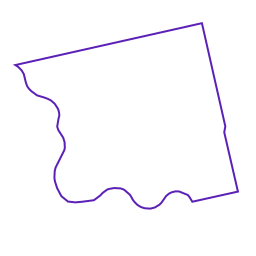 Dakota, Nebraska, United States of America (orthographic projection), rotated 167°
{"feature_id": "52423323B32373554543945", "entity_name": "Dakota", "entity_type": "district", "adm_level": 2, "iso_a3": "USA", "parent_name": "United States of America", "parent_adm1": "Nebraska", "projection": "orthographic", "projection_center": [-96.478, 42.401], "detail": "fine", "context": "isolated", "style": "outline", "palette": "violet", "viewbox_px": 256, "rotation_deg": 167, "n_neighbors": 0, "source": "geoboundaries", "source_scale": "gbopen_adm2", "svg_char_len": 989}
<svg xmlns="http://www.w3.org/2000/svg" viewBox="0 0 256 256"><g transform="rotate(167 128 128)"><path d="M177.5,65.3L170.2,68.5L167.2,70.5L162.1,72.7L160.4,72.9L154.9,72.6L148.8,70.8L146.5,69.4L145.1,68.0L141.3,62.7L140.5,60.9L139.8,58.1L138.8,55.4L136.6,51.6L134.7,49.5L133.2,48.1L129.9,46.1L124.4,44.4L119.8,44.5L114.6,46.2L112.2,47.7L106.1,53.2L102.6,54.9L100.1,55.5L96.3,55.6L93.5,55.0L92.1,54.4L84.7,49.2L83.6,46.8L81.9,41.7L35.2,41.3L35.2,102.2L32.8,107.7L32.4,211.8L32.4,213.5L223.6,214.7L221.3,212.3L218.7,208.1L217.4,204.0L217.3,195.7L217.0,192.4L216.6,190.7L215.6,188.4L213.8,185.5L209.2,180.2L203.0,176.7L199.5,174.4L196.9,172.2L193.9,168.0L191.9,162.4L191.7,160.1L191.8,157.3L192.2,155.4L193.8,152.3L196.7,145.2L196.3,141.4L193.3,133.1L193.0,128.3L194.0,123.0L194.9,120.9L207.4,105.8L209.1,102.5L210.9,96.1L211.2,92.5L210.6,85.4L208.5,77.5L208.2,76.5L203.0,69.8L202.9,69.8L196.1,67.4L194.0,67.1L188.7,66.4L177.5,65.3Z" fill="none" stroke="#5b21b6" stroke-width="2"/></g></svg>